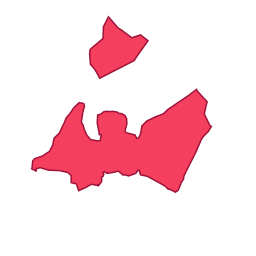 the district of Al Misrakh, Ta`izz, Yemen, rotated 302°
{"feature_id": "15242507B98966668539827", "entity_name": "Al Misrakh", "entity_type": "district", "adm_level": 2, "iso_a3": "YEM", "parent_name": "Yemen", "parent_adm1": "Ta`izz", "projection": "orthographic", "projection_center": [44.032, 13.47], "detail": "fine", "context": "isolated", "style": "filled", "palette": "rose", "viewbox_px": 256, "rotation_deg": 302, "n_neighbors": 0, "source": "geoboundaries", "source_scale": "gbopen_adm2", "svg_char_len": 3143}
<svg xmlns="http://www.w3.org/2000/svg" viewBox="0 0 256 256"><g transform="rotate(302 128 128)"><path d="M48.7,119.4L56.0,124.2L56.7,124.5L60.3,126.5L60.9,126.8L63.4,133.1L63.2,133.3L63.7,133.5L64.1,132.8L64.3,133.0L64.2,133.7L68.6,134.0L69.8,133.4L71.1,132.4L72.1,131.7L73.9,132.5L76.0,132.0L76.9,130.3L78.4,131.1L78.4,131.5L78.4,132.4L78.4,133.0L78.4,133.6L78.4,134.0L80.0,136.2L83.4,139.9L86.2,142.5L86.3,142.6L85.5,148.7L86.9,150.8L87.6,153.8L93.5,158.6L97.0,158.8L98.2,159.8L94.9,163.4L95.6,165.4L97.0,169.2L97.3,170.1L97.6,175.0L97.7,176.5L98.0,182.0L98.0,182.4L98.1,183.3L98.3,189.3L98.3,190.2L98.3,191.3L97.4,193.7L98.4,197.7L98.4,197.9L98.5,199.5L98.7,202.2L100.6,203.0L100.9,203.1L102.0,203.5L103.4,203.3L103.6,203.2L106.5,202.8L107.9,202.5L110.1,202.1L114.1,202.2L116.5,201.0L117.5,200.8L123.3,200.2L123.7,200.1L124.4,200.1L126.9,199.8L130.3,199.5L132.8,199.3L135.6,199.1L136.6,199.0L136.8,199.0L142.8,198.4L143.1,198.4L150.2,197.3L155.4,196.5L156.6,196.3L156.9,196.3L158.2,196.3L160.2,196.3L163.3,197.0L163.9,197.1L164.0,197.1L165.7,197.5L167.6,197.9L167.8,198.0L171.2,197.9L173.5,197.9L173.5,196.1L175.1,193.6L176.3,191.7L180.4,185.2L187.6,182.7L192.2,181.2L194.1,174.2L196.0,167.3L197.0,165.6L191.6,163.6L190.7,163.2L190.0,163.0L188.6,162.5L188.3,162.4L187.0,161.8L177.3,157.5L174.9,156.4L171.4,154.9L165.1,152.1L158.8,150.4L156.2,148.5L151.8,145.2L150.7,144.5L146.7,142.0L143.9,140.2L142.9,140.0L141.2,139.6L140.6,139.5L137.2,138.7L131.9,140.8L130.4,141.4L129.7,141.7L129.2,141.8L125.3,142.3L123.8,141.1L125.8,137.5L124.6,133.9L124.3,132.8L123.1,129.1L123.2,128.7L123.3,127.9L124.6,126.8L125.6,126.5L130.7,124.9L131.2,124.7L131.4,124.5L131.8,124.2L133.8,122.8L135.2,121.9L135.7,121.1L136.4,119.8L136.9,118.9L136.9,115.1L136.6,114.5L135.8,112.8L135.6,112.5L135.7,111.1L135.8,110.6L135.0,108.5L134.1,106.4L133.9,105.9L133.1,105.1L130.5,100.6L129.0,98.9L125.3,97.5L122.9,95.4L118.7,97.7L115.7,99.4L111.7,103.3L110.7,103.9L110.0,104.8L109.9,104.9L109.7,105.1L107.3,107.0L107.1,107.5L107.4,107.8L107.8,107.4L108.1,107.8L107.8,109.3L105.0,110.0L104.4,110.5L102.5,111.0L101.2,109.6L99.8,106.1L99.6,105.7L99.5,105.4L99.3,104.8L99.2,104.7L98.3,101.9L98.6,101.6L100.2,96.7L101.2,95.3L103.6,91.7L104.5,90.7L106.6,88.4L108.3,85.3L115.7,82.1L116.7,81.6L123.7,79.4L124.4,78.5L125.2,77.5L125.2,77.3L124.9,76.3L123.7,73.2L121.9,72.7L116.6,71.4L116.0,71.3L109.8,71.1L103.8,70.2L98.8,71.2L97.3,71.3L93.1,71.8L87.5,72.5L80.2,70.7L73.5,73.2L69.1,73.6L66.8,73.8L66.6,73.8L63.8,72.5L59.2,70.4L58.8,70.2L56.7,68.5L52.8,65.3L52.2,65.1L49.9,64.6L49.5,64.8L48.3,65.2L43.3,67.8L42.4,67.9L42.7,72.7L43.2,73.0L44.9,71.7L47.9,74.7L50.1,82.9L51.5,85.3L52.0,86.3L53.8,89.4L54.0,89.8L55.1,91.7L55.5,92.3L55.7,92.6L55.8,92.8L56.3,94.5L56.7,95.6L57.9,99.3L58.4,100.8L58.4,101.0L58.1,102.1L58.1,102.4L58.0,102.8L57.6,104.9L55.8,106.1L53.7,107.4L52.1,108.5L51.5,108.8L53.3,113.8L48.7,119.4ZM212.6,98.7L213.6,89.3L206.6,83.4L207.5,71.7L207.7,66.2L211.9,52.5L200.9,53.5L190.6,59.4L178.0,55.3L174.4,54.3L170.6,56.1L162.1,62.4L160.2,68.5L158.5,72.0L155.2,77.6L184.4,95.1L188.4,97.5L192.6,97.5L212.6,98.7Z" fill="#f43f5e" stroke="#9f1239" stroke-width="1.5"/></g></svg>